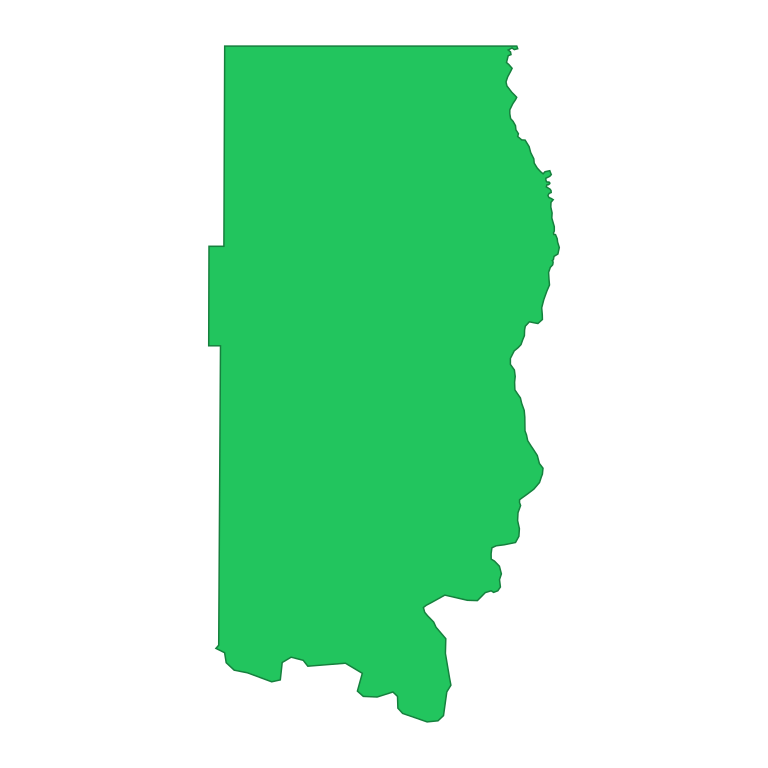 outline of Ferry, Washington, United States of America
{"feature_id": "52423323B81740617288229", "entity_name": "Ferry", "entity_type": "district", "adm_level": 2, "iso_a3": "USA", "parent_name": "United States of America", "parent_adm1": "Washington", "projection": "robinson", "projection_center": [-118.263, 48.416], "detail": "fine", "context": "isolated", "style": "filled", "palette": "green", "viewbox_px": 768, "rotation_deg": 0, "n_neighbors": 0, "source": "geoboundaries", "source_scale": "gbopen_adm2", "svg_char_len": 2451}
<svg xmlns="http://www.w3.org/2000/svg" viewBox="0 0 768 768"><path d="M224.7,46.1L223.9,246.3L209.0,246.3L208.7,345.8L220.5,345.8L218.7,645.2L215.9,648.4L224.6,652.7L226.2,662.7L234.2,670.2L247.4,672.8L271.7,681.8L280.3,679.9L282.2,662.5L291.1,657.2L303.2,660.3L307.8,666.2L345.4,663.2L362.3,673.3L357.4,691.1L363.3,696.4L377.2,697.0L392.9,692.0L397.5,696.4L397.9,708.2L402.6,713.4L427.1,721.9L438.0,720.8L443.5,715.6L446.8,691.9L450.9,685.2L449.6,678.3L445.4,653.4L445.8,638.7L436.0,627.2L433.7,622.1L431.8,620.1L427.7,615.9L424.7,612.3L423.4,607.5L426.2,605.3L431.5,602.5L435.3,600.4L444.8,595.1L467.4,600.3L477.4,600.6L485.3,592.6L491.2,590.8L493.6,592.4L497.8,590.8L500.4,587.0L499.5,579.6L501.4,573.9L499.4,566.2L494.5,561.1L491.2,559.1L491.1,553.8L491.9,547.8L496.2,545.8L504.1,544.8L515.5,542.5L518.9,536.3L519.4,528.7L517.6,520.6L518.0,512.7L520.6,505.5L519.5,502.5L519.6,499.7L521.9,498.0L527.6,493.9L533.9,489.1L539.5,482.5L540.8,478.6L541.3,477.0L542.4,474.2L543.0,468.2L539.4,463.5L537.3,455.5L533.3,449.3L531.0,445.9L527.7,440.7L526.5,434.9L525.0,430.9L524.9,424.4L524.8,417.1L524.2,410.4L521.7,403.4L520.4,397.9L517.6,393.9L514.9,389.9L514.6,382.2L515.2,376.5L514.4,370.0L510.4,364.4L510.4,358.4L514.2,350.9L518.2,347.6L521.0,344.6L522.7,339.8L524.4,335.7L524.6,329.9L525.3,326.2L529.4,321.8L533.6,322.7L537.9,323.5L542.4,319.5L542.3,314.9L541.7,307.8L543.8,299.6L546.9,291.0L549.5,285.0L549.0,279.4L548.6,272.4L550.3,267.4L552.7,264.8L553.1,262.5L552.9,261.4L552.3,260.6L553.4,259.7L554.0,256.4L557.9,254.0L559.3,247.5L557.6,242.1L557.2,238.7L555.5,234.6L553.8,234.5L553.5,232.9L554.3,231.0L554.3,226.7L551.8,218.0L552.1,213.0L550.8,207.0L551.0,202.3L553.2,199.7L550.9,198.3L549.0,197.6L547.9,195.5L549.0,193.5L551.2,192.5L551.0,190.5L550.1,189.2L548.2,188.0L546.3,186.9L547.0,184.7L548.5,184.7L549.8,183.6L549.8,182.9L548.9,182.0L548.5,182.2L546.6,181.8L545.9,180.2L545.8,178.3L549.8,176.3L551.3,174.6L550.2,171.9L549.8,170.7L545.0,171.7L543.1,173.8L540.6,171.7L537.2,168.0L534.2,163.1L533.8,158.8L530.7,152.6L529.1,146.6L525.1,140.1L521.7,139.9L517.7,136.5L518.4,133.7L515.9,129.8L515.5,125.7L513.1,121.4L510.6,118.6L509.8,113.7L509.8,109.8L512.8,103.7L515.5,99.7L516.7,97.3L515.0,95.5L511.8,92.3L506.9,85.9L506.0,81.9L507.7,76.8L510.7,71.2L512.1,68.3L508.9,64.6L506.5,62.5L508.2,55.7L511.0,54.6L510.5,51.9L508.2,50.0L512.0,48.0L514.3,49.6L517.7,48.7L516.8,46.1L224.7,46.1Z" fill="#22c55e" stroke="#15803d" stroke-width="1.5"/></svg>